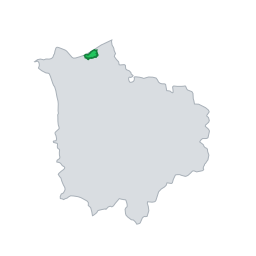 Byerastavitsa, Grodno, Belarus shown in context, rotated 76°
{"feature_id": "67162791B90230438084188", "entity_name": "Byerastavitsa", "entity_type": "district", "adm_level": 2, "iso_a3": "BLR", "parent_name": "Belarus", "parent_adm1": "Grodno", "projection": "mercator", "projection_center": [23.993, 53.236], "detail": "fine", "context": "in_parent", "style": "filled", "palette": "green", "viewbox_px": 256, "rotation_deg": 76, "n_neighbors": 0, "source": "geoboundaries", "source_scale": "gbopen_adm2", "svg_char_len": 5287}
<svg xmlns="http://www.w3.org/2000/svg" viewBox="0 0 256 256"><g transform="rotate(76 128 128)"><path d="M204.5,183.7L200.7,183.4L196.2,183.5L193.6,185.3L190.8,184.5L188.8,185.5L184.3,190.4L182.6,193.0L180.9,197.0L179.9,200.0L180.4,202.1L181.3,204.1L181.4,206.1L181.9,207.8L180.8,209.0L180.1,210.7L178.2,210.4L175.9,208.7L175.4,206.4L173.6,204.7L172.4,203.9L170.5,203.7L167.4,204.5L163.3,205.1L160.3,205.2L158.6,206.1L156.1,206.9L155.2,205.9L153.8,203.2L152.7,200.5L151.9,199.4L151.2,199.0L150.4,199.1L149.4,200.0L148.7,200.8L146.2,201.8L145.0,202.8L143.8,205.3L143.0,205.1L142.1,204.5L141.1,201.8L139.8,201.1L137.7,201.1L135.0,200.5L132.8,199.7L132.0,199.9L130.8,201.0L129.4,201.2L126.3,200.2L125.7,200.6L124.0,203.7L123.1,203.8L122.7,203.5L122.9,200.8L121.2,199.9L118.2,199.7L116.1,200.1L115.1,200.0L114.5,199.5L112.0,195.0L110.6,194.7L108.2,194.9L104.6,194.4L100.4,193.4L98.2,193.0L97.0,192.0L94.4,191.7L87.6,189.8L84.8,189.4L80.7,189.4L74.4,189.0L70.4,189.2L68.5,189.9L66.4,190.2L59.0,190.8L56.3,191.3L55.5,192.2L54.7,194.3L51.6,197.8L48.6,200.2L48.1,200.4L46.3,199.1L44.9,198.7L43.2,198.6L42.0,199.0L41.2,199.6L41.3,202.3L41.1,202.6L39.8,199.3L39.9,196.4L40.7,194.7L41.5,193.2L41.2,190.9L42.1,187.8L42.1,185.7L41.7,184.7L41.0,183.6L39.1,182.4L38.2,181.4L35.6,180.2L33.0,178.6L32.5,177.6L32.6,176.9L33.1,175.9L35.1,173.0L37.2,170.1L38.6,168.9L45.9,165.2L47.1,163.9L47.4,161.7L47.2,157.2L46.8,153.2L46.2,150.3L44.8,145.0L41.0,134.0L38.7,122.4L40.2,123.1L43.7,123.4L46.5,122.6L47.9,122.5L49.2,122.7L52.9,122.1L53.8,123.1L55.4,124.0L58.6,122.7L61.5,121.1L64.4,121.3L64.9,120.5L65.6,116.3L66.5,115.4L70.0,115.9L71.3,115.1L72.7,113.1L74.8,111.8L76.5,111.8L78.3,110.4L79.2,111.3L79.6,113.1L79.0,114.4L79.3,115.0L80.5,115.6L82.7,115.6L84.1,115.0L84.4,114.3L84.4,112.8L84.1,111.5L83.1,110.4L81.4,109.8L80.2,109.8L80.0,109.0L80.4,107.5L81.5,104.6L82.8,102.0L83.6,101.0L83.7,100.1L83.6,98.6L83.5,95.7L84.7,91.7L86.3,88.7L88.4,87.8L91.0,87.2L92.6,85.8L93.4,84.2L94.1,81.6L94.9,81.0L101.1,81.4L102.1,78.8L102.6,78.0L103.8,77.3L104.6,76.3L104.3,75.6L102.7,75.2L99.0,74.8L98.3,73.9L98.5,72.9L99.5,70.2L100.4,66.7L100.9,64.0L101.0,62.4L101.5,62.0L104.6,61.5L105.6,60.9L108.2,57.2L110.2,56.6L115.3,57.6L117.7,57.5L120.7,57.7L120.9,57.4L122.0,53.7L127.1,47.8L129.8,45.8L131.5,45.3L132.1,45.4L134.8,48.5L135.5,48.7L137.3,47.4L140.4,47.3L141.9,48.3L144.0,52.2L145.1,52.6L148.1,50.5L149.8,49.8L150.9,49.8L156.7,52.7L157.1,53.7L157.1,54.8L156.3,58.3L157.4,60.4L158.8,61.8L161.8,59.4L162.9,58.8L164.1,58.8L165.7,57.9L166.8,56.5L167.9,56.1L170.1,56.4L173.9,56.1L178.3,58.2L178.7,58.8L180.9,61.2L181.7,62.5L182.5,62.8L183.7,64.0L185.2,64.8L186.3,64.5L186.9,64.9L187.4,65.9L187.4,67.4L187.2,72.0L185.6,74.3L185.4,75.2L185.5,76.1L186.8,78.1L188.4,81.1L188.8,82.8L188.8,84.1L186.6,88.0L185.8,88.9L185.3,90.8L185.0,92.7L185.2,93.5L188.9,96.5L191.7,98.1L192.3,98.9L192.3,99.4L190.9,102.7L190.7,103.5L192.9,104.9L194.1,107.0L195.2,110.4L197.3,113.7L205.1,118.5L205.8,119.4L206.0,120.4L205.8,122.6L204.3,126.8L205.7,127.5L209.1,127.3L213.3,127.8L218.3,130.8L218.3,132.2L217.8,133.4L218.1,134.7L218.7,135.8L223.0,139.1L223.4,140.0L223.5,141.7L223.4,142.8L222.2,143.1L220.8,143.6L218.6,145.0L217.8,147.0L214.3,149.8L212.1,151.0L210.4,151.1L206.2,150.5L204.8,149.2L204.2,147.9L202.6,147.4L200.5,147.3L197.6,147.5L197.0,147.9L196.5,149.4L195.3,152.0L194.4,153.5L198.1,158.7L199.9,160.8L200.5,162.1L200.5,163.0L199.6,164.1L199.8,166.2L201.6,169.1L201.0,169.5L200.8,173.0L200.8,176.8L201.3,177.7L202.2,178.4L203.1,179.8L204.4,182.9L204.5,183.7Z" fill="#d9dde1" stroke="#a8b0b8" stroke-width="1"/><path d="M44.1,141.7L44.2,142.3L44.4,143.2L44.8,144.4L45.1,145.1L45.4,145.9L45.8,146.2L46.1,146.4L46.2,146.7L46.2,147.2L46.3,147.4L46.5,147.7L46.7,147.9L47.0,148.2L47.2,148.4L47.4,148.5L47.4,149.0L47.4,149.3L47.3,149.6L47.0,149.6L46.9,149.9L46.8,150.1L46.7,150.5L46.5,151.1L46.5,151.4L46.7,151.7L46.9,152.1L47.1,152.4L47.3,152.8L47.5,152.7L48.0,152.4L48.4,152.4L48.6,152.5L48.9,152.5L49.1,152.4L49.5,152.4L49.6,152.1L49.6,151.8L49.7,151.7L49.9,151.7L50.1,151.6L50.2,151.4L49.9,151.1L49.7,150.9L49.9,150.8L50.2,150.9L50.5,150.7L51.0,150.6L51.3,150.6L51.4,150.3L51.6,150.2L51.8,150.1L51.9,149.9L51.9,149.7L51.7,149.5L51.6,149.4L51.2,149.4L50.7,149.3L50.7,149.0L50.7,148.8L50.9,148.5L51.0,148.3L51.0,148.0L51.0,147.9L50.9,147.8L50.9,147.5L51.0,147.4L51.3,147.1L51.4,146.8L51.4,146.6L51.3,146.4L51.1,146.3L50.9,146.3L50.9,146.2L51.0,146.0L51.2,145.9L51.4,145.9L51.5,145.7L51.5,145.3L51.5,144.9L51.3,144.7L51.3,144.4L51.3,144.2L51.2,144.1L51.1,143.9L50.9,143.7L50.8,143.4L50.8,143.1L51.0,143.0L51.3,142.9L51.3,142.7L51.3,142.4L51.4,142.2L51.5,142.1L51.6,141.9L51.4,141.6L51.2,141.5L51.1,141.4L50.9,141.3L50.7,141.5L50.5,141.4L50.4,141.2L50.5,141.1L50.5,140.9L50.6,140.7L50.5,140.4L50.6,140.1L50.4,139.9L50.2,139.9L50.1,139.7L49.9,139.6L49.5,139.6L49.4,139.7L49.5,139.9L49.5,140.0L49.4,140.1L49.1,140.2L48.9,140.1L48.6,140.0L48.6,140.3L48.3,140.5L48.3,140.3L48.3,140.2L48.3,139.8L48.2,139.7L47.9,139.8L47.6,139.9L47.3,139.9L47.1,139.8L46.8,139.8L46.7,140.0L46.2,140.0L45.8,140.0L45.6,139.9L45.4,139.8L45.3,139.6L45.1,139.6L44.9,139.5L44.9,139.8L44.9,140.0L44.9,140.4L45.0,140.6L45.0,140.8L44.9,141.0L44.5,141.1L44.5,141.4L44.5,141.5L44.3,141.6L44.2,141.7L44.1,141.7Z" fill="#22c55e" stroke="#15803d" stroke-width="1.5"/></g></svg>